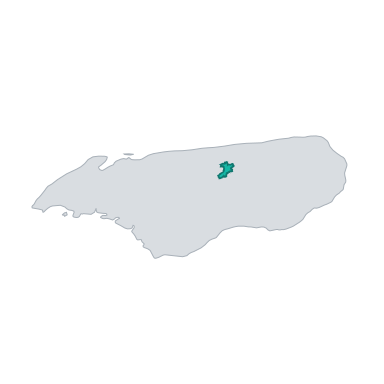 Ambositra, Amoron'i Mania, Madagascar (highlighted), rotated 248°
{"feature_id": "10022922B13687813160362", "entity_name": "Ambositra", "entity_type": "district", "adm_level": 2, "iso_a3": "MDG", "parent_name": "Madagascar", "parent_adm1": "Amoron'i Mania", "projection": "natural_earth1", "projection_center": [47.304, -20.561], "detail": "fine", "context": "in_parent", "style": "filled", "palette": "teal", "viewbox_px": 384, "rotation_deg": 248, "n_neighbors": 0, "source": "geoboundaries", "source_scale": "gbopen_adm2", "svg_char_len": 6878}
<svg xmlns="http://www.w3.org/2000/svg" viewBox="0 0 384 384"><g transform="rotate(248 192 192)"><path d="M243.5,46.0L244.4,48.4L245.5,50.6L248.7,56.2L250.1,58.3L251.3,60.6L251.9,65.1L253.9,72.1L255.8,82.6L256.4,93.4L257.0,98.4L258.5,103.1L261.0,107.9L261.7,113.3L260.2,118.9L258.0,124.1L257.4,125.1L256.4,126.4L255.9,126.4L254.1,125.0L252.7,122.8L250.9,117.6L250.3,114.9L249.5,114.5L247.4,114.8L245.8,116.4L245.5,117.4L245.9,120.4L246.4,123.0L246.7,125.7L246.7,129.1L247.3,130.1L248.1,130.9L249.0,133.2L249.1,138.4L248.6,141.1L247.1,143.4L247.2,144.6L247.7,145.9L247.2,146.7L245.2,147.7L244.4,148.6L243.3,150.9L241.5,155.6L241.3,158.0L242.4,165.4L242.0,170.6L239.8,180.6L238.5,185.4L236.7,191.1L233.9,198.5L231.1,207.9L228.8,217.6L227.0,223.4L225.1,229.1L222.4,239.2L220.1,249.5L216.7,260.8L212.1,273.4L211.5,275.0L210.6,281.4L209.5,287.0L208.3,292.6L205.7,301.7L205.4,304.5L204.8,307.2L202.3,313.0L201.3,315.1L200.5,317.4L200.1,320.2L199.4,323.0L197.5,328.1L194.8,332.5L193.0,334.1L189.0,336.4L187.0,336.9L182.5,336.9L178.1,338.3L173.6,340.8L169.2,343.7L167.6,345.1L165.7,345.9L160.0,346.1L158.3,345.4L152.5,340.6L150.2,339.9L146.0,339.2L144.7,338.8L143.6,338.2L141.8,335.7L138.4,333.6L137.6,332.9L137.1,331.4L136.7,329.9L135.8,328.1L135.1,324.8L134.0,322.4L130.9,318.3L130.5,317.0L130.2,312.6L130.3,309.6L130.0,304.2L130.3,301.6L131.4,299.3L130.9,296.9L129.7,294.2L129.3,291.5L128.4,289.1L125.1,284.6L124.3,282.4L123.7,280.2L122.4,273.1L122.3,270.7L122.4,265.5L122.8,262.8L123.6,261.0L123.8,259.6L124.3,258.4L125.1,257.4L125.6,256.3L126.8,249.6L128.4,248.2L130.7,247.3L132.5,245.6L133.6,243.3L134.6,238.4L137.5,233.6L138.6,231.1L140.9,227.3L143.0,222.0L143.6,219.4L144.0,216.9L144.5,211.2L144.9,208.4L144.8,205.6L143.6,202.7L140.7,197.5L140.6,196.5L140.8,192.7L140.6,189.9L139.5,187.1L138.2,184.5L136.8,179.5L136.1,171.4L136.2,168.5L135.8,165.9L134.9,163.4L135.5,159.1L144.0,143.3L144.3,141.5L143.9,136.7L144.1,133.9L144.4,132.9L145.1,132.3L146.5,132.0L153.5,131.3L154.3,130.8L156.1,129.5L158.4,126.9L159.5,126.2L160.5,126.5L161.1,127.6L161.9,128.2L164.6,127.0L165.7,127.0L166.8,127.1L167.3,126.1L167.6,124.7L168.0,123.6L168.8,123.1L172.4,122.8L174.7,122.3L177.7,121.3L178.3,121.5L180.7,125.1L181.5,125.5L182.4,125.6L183.2,124.9L181.2,123.1L181.0,122.0L181.1,120.8L182.1,118.2L183.8,116.2L187.7,113.2L191.7,109.7L192.9,109.5L193.9,110.1L194.7,114.1L194.6,114.8L195.2,114.9L196.0,114.4L196.6,112.8L196.7,111.4L196.1,110.1L195.9,109.0L195.8,107.9L197.9,105.5L199.5,103.2L200.2,100.4L200.9,99.2L202.6,97.7L203.1,98.0L203.5,99.1L203.7,100.4L203.3,101.6L202.6,102.8L202.4,104.4L203.3,104.7L204.2,104.3L205.6,101.4L207.1,98.7L208.0,97.2L209.1,96.2L211.0,96.4L212.8,97.0L209.8,94.1L209.1,90.1L212.6,83.2L212.7,81.8L213.2,81.4L213.4,80.8L211.6,78.5L211.2,77.3L211.5,75.6L212.4,74.0L213.2,72.9L214.3,72.5L215.2,73.1L217.2,75.0L218.5,75.3L220.1,73.5L221.4,71.2L223.4,69.6L225.6,68.6L229.0,65.0L231.3,57.5L231.5,55.3L231.0,52.6L230.2,50.0L228.9,46.9L229.2,46.2L231.1,46.6L231.7,46.1L233.7,43.3L237.1,37.9L238.2,38.0L239.1,39.0L239.5,40.4L240.2,41.5L242.4,44.1L243.5,46.0ZM220.2,67.2L220.2,68.0L217.6,67.7L217.2,64.8L218.5,64.8L218.8,63.6L219.5,63.4L220.4,66.0L220.2,67.2ZM251.0,147.9L248.8,152.1L249.4,148.6L252.0,143.6L252.7,143.2L251.0,147.9Z" fill="#d9dde1" stroke="#a8b0b8" stroke-width="1"/><path d="M194.1,223.8L194.2,224.0L194.3,224.1L194.2,224.8L194.0,225.0L194.2,225.3L194.5,225.5L194.6,225.8L194.7,226.3L194.8,226.5L194.4,226.6L194.3,226.8L194.2,226.8L194.1,227.0L194.2,227.3L194.2,227.5L194.3,227.7L194.3,227.8L194.2,228.0L194.4,228.0L194.1,228.2L193.9,228.2L193.6,228.2L193.6,228.5L193.4,228.9L193.4,229.2L193.5,229.3L193.7,229.5L193.7,229.8L193.8,229.8L194.1,229.7L194.3,229.6L194.4,230.0L194.5,230.0L194.8,230.3L195.2,230.3L195.6,230.4L195.5,230.7L195.7,231.1L195.8,231.3L195.9,231.8L196.0,231.7L196.6,231.5L196.6,232.0L196.3,232.5L196.5,232.8L196.8,233.0L196.9,233.3L196.9,233.7L196.8,233.9L196.7,233.9L196.6,234.0L196.9,234.0L196.9,234.4L196.9,234.6L197.0,234.7L197.1,235.0L197.1,235.3L197.0,235.5L196.7,235.7L196.6,235.8L196.5,236.0L196.4,235.9L196.2,236.2L196.2,236.3L196.1,236.5L196.3,236.8L196.2,237.1L196.4,237.1L196.7,237.1L196.9,237.3L197.1,237.5L197.3,237.6L197.5,237.7L197.7,237.3L198.0,237.4L198.2,237.5L198.3,237.3L198.5,237.4L198.7,237.2L198.8,236.8L199.0,236.8L199.0,236.7L199.4,236.7L199.6,236.9L199.6,237.0L199.8,237.1L199.9,237.3L200.0,237.6L200.1,237.8L200.1,238.0L199.9,238.0L199.9,238.4L199.9,238.7L199.9,238.8L200.0,238.9L200.0,239.0L200.0,239.3L200.1,239.6L200.1,239.8L200.3,239.9L200.4,240.1L200.5,240.4L200.5,240.6L200.8,240.6L201.0,240.5L201.3,240.5L201.5,240.5L201.6,240.4L201.6,240.2L201.7,240.3L201.8,240.3L202.1,240.3L202.3,240.3L202.9,240.4L203.0,240.3L203.0,240.0L203.0,239.9L203.1,239.6L203.0,239.3L203.1,239.1L203.0,238.8L203.0,238.6L202.8,238.6L202.8,238.3L202.7,238.2L202.7,237.9L202.9,237.6L202.9,237.4L203.3,237.1L203.6,236.8L203.6,236.5L203.6,236.4L203.6,236.2L203.8,236.1L204.1,236.0L204.1,235.9L204.1,235.6L204.0,235.4L204.2,235.5L204.3,235.4L204.5,235.6L204.8,235.6L205.3,235.7L205.5,235.6L205.8,235.6L206.1,235.6L206.3,235.5L206.5,235.8L206.6,235.7L206.5,235.4L206.3,235.2L206.4,234.7L206.5,234.6L206.9,234.7L206.8,234.2L206.9,234.3L207.0,233.9L206.8,233.9L206.7,233.7L206.8,233.5L207.1,233.7L207.2,233.4L206.9,233.1L206.7,233.0L206.5,232.8L206.4,232.8L206.4,233.0L206.1,233.1L206.1,233.5L206.3,233.7L206.3,233.8L206.3,234.0L206.1,234.1L206.0,233.9L206.0,233.7L205.9,233.6L205.9,233.4L205.9,233.1L205.9,232.7L206.1,232.6L206.2,232.2L206.2,231.9L206.4,231.7L206.7,231.4L206.6,231.2L206.8,230.9L206.6,230.6L206.5,230.4L206.6,230.2L206.7,229.9L206.8,229.9L206.8,229.7L206.7,229.7L206.6,229.2L206.6,228.9L206.5,229.0L206.4,229.0L206.2,229.1L205.9,229.1L205.7,228.9L205.6,228.6L205.4,228.5L205.2,228.6L204.7,228.0L204.5,228.3L204.6,228.5L204.6,228.8L204.8,228.8L204.9,229.0L204.8,229.3L204.7,229.4L204.5,229.6L204.4,229.8L204.5,229.9L204.6,230.2L204.6,230.4L204.5,230.5L204.4,230.5L204.4,230.4L204.2,230.3L204.0,230.2L203.9,230.3L203.8,230.2L203.7,230.1L203.6,230.3L203.3,230.5L203.2,230.7L203.3,230.9L203.2,231.0L202.8,230.7L202.1,230.5L202.0,230.4L201.9,230.4L201.7,230.6L201.4,230.6L201.2,230.5L201.1,230.4L201.1,230.1L200.9,229.8L200.7,229.8L200.6,230.0L200.4,229.9L200.2,229.9L200.2,229.6L200.1,229.3L199.9,229.4L199.7,229.3L199.7,229.2L199.3,229.2L199.1,228.9L199.0,228.6L198.8,228.2L198.7,228.0L198.5,227.7L198.6,227.4L198.6,227.2L198.6,226.5L198.5,226.4L198.6,226.2L198.3,225.7L198.4,225.4L198.4,225.0L198.4,224.7L198.2,224.6L197.9,224.9L197.8,224.6L197.8,224.1L197.7,223.8L197.7,223.6L197.5,223.1L197.5,222.9L197.5,222.3L197.3,222.3L196.9,222.3L196.5,222.3L196.4,222.4L196.3,222.5L196.2,222.4L196.0,222.2L195.7,222.4L195.4,222.5L195.4,222.4L195.1,222.4L195.1,222.5L194.7,223.1L194.4,223.1L194.3,222.9L194.2,222.8L194.1,223.2L194.2,223.4L194.2,223.6L194.1,223.8Z" fill="#14b8a6" stroke="#0f766e" stroke-width="1.5"/></g></svg>